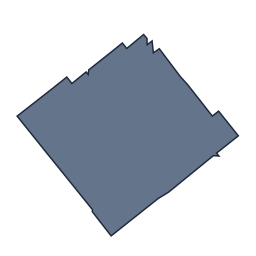 Bartow, Georgia, United States of America (Natural Earth projection), rotated 51°
{"feature_id": "52423323B11929731869619", "entity_name": "Bartow", "entity_type": "district", "adm_level": 2, "iso_a3": "USA", "parent_name": "United States of America", "parent_adm1": "Georgia", "projection": "natural_earth1", "projection_center": [-84.879, 34.246], "detail": "fine", "context": "isolated", "style": "filled", "palette": "slate", "viewbox_px": 256, "rotation_deg": 51, "n_neighbors": 0, "source": "geoboundaries", "source_scale": "gbopen_adm2", "svg_char_len": 565}
<svg xmlns="http://www.w3.org/2000/svg" viewBox="0 0 256 256"><g transform="rotate(51 128 128)"><path d="M49.1,200.2L49.0,206.7L97.8,206.9L108.0,206.9L122.8,206.9L169.2,207.0L170.4,208.4L184.3,208.7L201.2,209.0L201.8,148.8L203.4,136.7L203.2,79.0L207.0,75.0L203.2,75.0L203.5,47.2L171.9,47.0L171.8,55.0L146.3,54.6L131.4,54.4L121.3,55.0L86.1,53.8L85.6,61.0L75.5,54.5L75.3,60.7L70.4,56.9L65.2,57.0L65.4,78.9L58.4,78.9L58.4,93.5L58.1,121.9L61.4,125.3L58.1,125.3L58.1,143.6L49.9,143.5L49.7,165.8L49.1,200.2Z" fill="#64748b" stroke="#1e293b" stroke-width="1.5"/></g></svg>